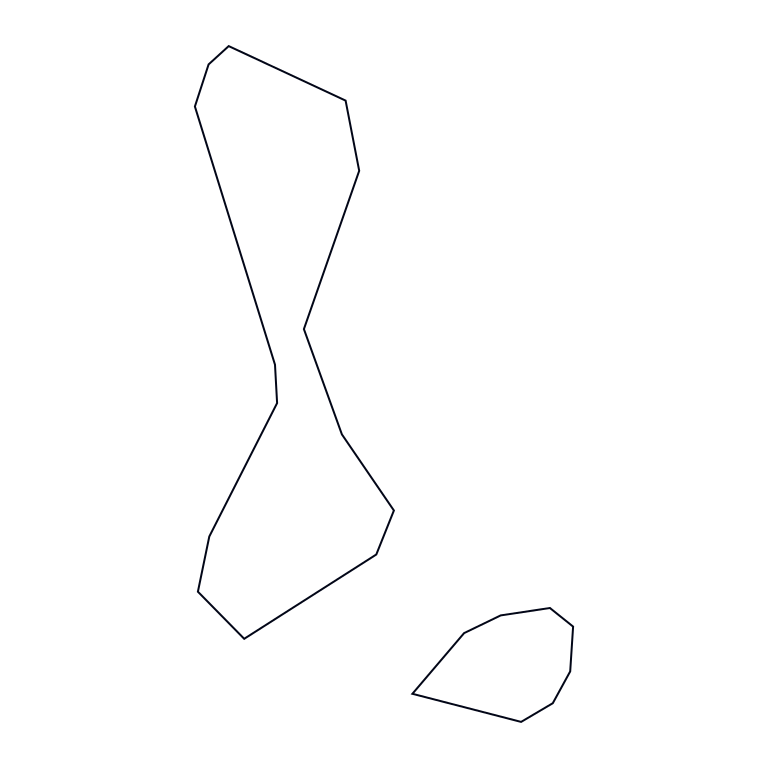 outline of Saint Pierre and Miquelon
{"feature_id": "SPM", "entity_name": "Saint Pierre and Miquelon", "entity_type": "country or territory", "adm_level": 0, "iso_a3": "SPM", "parent_name": "North America", "parent_adm1": "", "projection": "equal_earth", "projection_center": [-56.267, 46.926], "detail": "fine", "context": "isolated", "style": "outline", "palette": "ink", "viewbox_px": 768, "rotation_deg": 0, "n_neighbors": 0, "source": "natural_earth", "source_scale": "50m", "svg_char_len": 414}
<svg xmlns="http://www.w3.org/2000/svg" viewBox="0 0 768 768"><path d="M376.3,554.5L244.2,638.8L197.9,591.7L209.3,536.5L277.1,403.1L275.0,364.7L194.9,106.5L208.6,64.4L228.7,46.1L345.6,100.6L359.2,170.8L303.9,329.1L341.9,434.4L393.9,510.5L376.3,554.5ZM552.8,703.2L521.1,721.9L412.4,693.8L464.1,633.1L500.7,615.4L549.9,608.0L573.1,626.6L570.2,671.4L552.8,703.2Z" fill="none" stroke="#020617" stroke-width="2"/></svg>